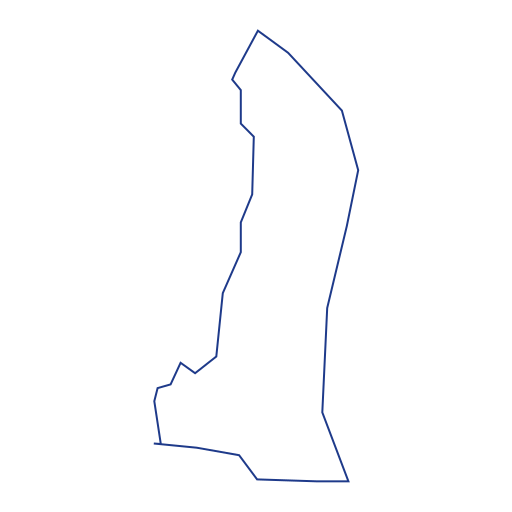 Darling Road, Castries, Saint Lucia (Robinson projection)
{"feature_id": "8701671B69792415593649", "entity_name": "Darling Road", "entity_type": "district", "adm_level": 2, "iso_a3": "LCA", "parent_name": "Saint Lucia", "parent_adm1": "Castries", "projection": "robinson", "projection_center": [-60.988, 14.014], "detail": "fine", "context": "isolated", "style": "outline", "palette": "blue", "viewbox_px": 512, "rotation_deg": 0, "n_neighbors": 0, "source": "geoboundaries", "source_scale": "gbopen_adm2", "svg_char_len": 482}
<svg xmlns="http://www.w3.org/2000/svg" viewBox="0 0 512 512"><path d="M180.6,362.8L170.6,384.4L157.6,388.1L154.3,401.2L160.8,444.0L153.8,443.5L196.7,447.7L239.1,455.2L257.1,479.4L315.8,481.3L348.4,481.3L322.3,412.4L327.2,308.0L346.8,226.1L358.2,170.2L341.9,110.6L288.1,52.8L257.9,30.7L235.3,72.6L232.2,79.6L240.8,90.1L240.8,123.6L253.8,136.7L252.2,194.4L240.8,222.4L240.8,252.2L222.8,293.1L216.3,356.5L195.1,373.2L180.6,362.8Z" fill="none" stroke="#1e3a8a" stroke-width="2"/></svg>